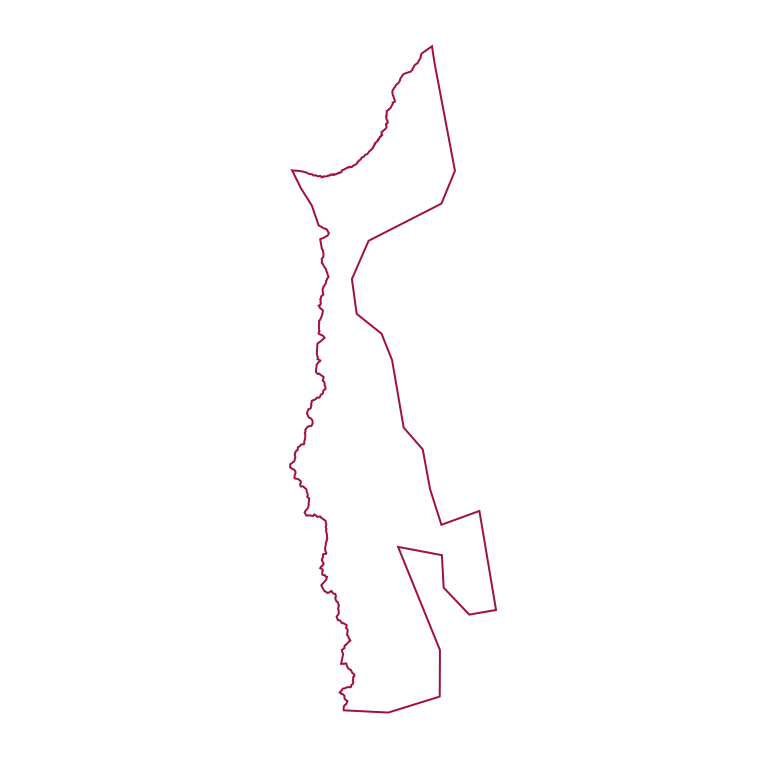 outline of Tup, Ysyk-Köl, Kyrgyzstan, rotated 260°
{"feature_id": "92254566B37451543675332", "entity_name": "Tup", "entity_type": "district", "adm_level": 2, "iso_a3": "KGZ", "parent_name": "Kyrgyzstan", "parent_adm1": "Ysyk-Köl", "projection": "orthographic", "projection_center": [78.601, 42.71], "detail": "fine", "context": "isolated", "style": "outline", "palette": "rose", "viewbox_px": 768, "rotation_deg": 260, "n_neighbors": 0, "source": "geoboundaries", "source_scale": "gbopen_adm2", "svg_char_len": 6109}
<svg xmlns="http://www.w3.org/2000/svg" viewBox="0 0 768 768"><g transform="rotate(260 384 384)"><path d="M708.3,489.9L702.8,478.2L700.7,477.1L698.6,476.6L697.2,475.1L694.3,473.0L692.7,469.5L691.9,468.8L690.8,468.3L690.0,467.2L688.5,466.6L686.9,464.3L686.4,459.7L685.9,457.6L685.2,456.3L681.6,452.9L680.4,452.5L679.1,451.6L677.7,450.1L676.6,447.9L674.4,446.3L673.7,445.3L672.1,443.9L670.4,442.9L667.7,442.8L666.5,442.9L665.8,443.4L664.2,443.3L660.8,444.0L660.0,443.4L659.7,442.2L659.7,441.4L658.4,441.3L654.7,438.3L653.8,436.7L653.1,436.0L652.7,434.6L652.2,434.0L650.9,433.9L649.0,433.2L648.4,433.5L647.8,433.2L647.2,432.4L646.7,432.4L646.3,432.6L644.1,432.4L643.5,432.6L642.9,433.2L641.8,433.0L640.9,433.2L640.0,432.4L640.0,431.3L638.3,430.9L637.6,431.3L636.1,430.9L634.9,429.6L632.4,425.2L631.2,425.3L630.2,424.9L629.7,425.4L629.4,425.4L629.0,424.2L628.3,424.0L628.1,422.8L626.1,421.5L625.9,420.6L625.0,420.6L624.4,420.0L624.2,419.1L623.2,418.1L623.0,417.3L622.3,416.6L621.7,416.7L621.0,415.7L620.2,415.5L619.3,414.5L618.1,414.0L617.4,412.5L616.4,411.5L616.2,410.5L615.4,409.5L614.1,408.4L613.3,407.3L613.3,406.4L612.8,405.0L611.3,403.5L610.8,401.2L609.7,400.5L608.7,399.2L608.4,398.1L607.6,397.5L607.4,396.5L606.1,396.1L604.8,393.4L604.2,391.2L603.6,390.8L603.3,389.3L603.7,388.7L603.3,387.8L603.9,387.0L603.4,386.5L603.6,385.7L603.4,385.3L603.3,384.7L602.8,384.0L602.6,382.7L602.0,381.7L601.9,380.1L601.6,379.5L600.2,379.1L599.9,377.7L599.4,376.7L600.0,376.1L599.9,375.5L599.2,374.6L599.2,373.7L598.8,373.0L598.8,372.3L599.2,371.9L598.6,371.1L598.6,370.6L599.2,370.5L599.4,370.1L599.0,369.7L599.1,368.9L599.5,368.5L599.5,368.0L598.9,367.5L599.0,365.1L598.5,364.9L598.6,362.0L599.0,360.8L598.5,360.1L598.4,358.4L599.3,358.4L600.1,356.9L599.8,356.1L600.5,354.1L601.1,353.6L601.5,352.5L601.6,350.7L603.0,349.6L603.7,347.0L605.7,344.3L607.4,340.8L608.6,337.2L609.4,334.5L609.7,332.6L610.4,330.6L590.9,336.3L572.3,343.9L551.5,347.2L547.6,352.1L546.4,354.4L542.1,355.9L540.2,354.5L538.4,350.1L537.8,346.5L537.6,346.3L527.6,346.3L526.8,347.0L522.5,347.0L520.4,346.5L519.2,345.8L518.3,344.5L517.4,344.3L515.8,344.4L514.5,343.8L513.6,343.9L512.6,344.7L510.9,345.1L506.8,346.9L505.3,346.9L502.9,347.5L501.3,347.4L499.3,348.1L497.8,346.5L496.4,345.7L495.3,344.7L494.4,344.6L492.9,343.9L490.6,341.6L488.5,340.2L485.5,339.7L482.6,339.8L481.2,337.4L479.0,336.5L478.5,335.9L477.2,336.2L475.2,335.6L474.0,335.8L472.9,334.8L472.5,333.3L469.5,334.5L467.5,336.3L466.8,336.6L463.8,335.5L460.9,334.0L458.3,332.2L457.5,331.0L454.7,330.7L452.4,329.8L450.8,329.9L448.6,329.4L447.3,329.7L445.8,328.5L445.2,328.4L444.4,328.8L442.9,331.4L441.7,332.5L439.8,333.5L436.8,328.6L436.1,327.1L435.7,325.9L434.7,325.3L426.1,323.2L424.4,323.0L423.5,323.3L421.1,323.4L420.1,322.8L418.2,325.4L417.9,325.4L416.6,323.0L414.8,321.1L408.0,319.1L405.9,319.9L405.5,320.3L405.4,322.1L403.8,323.2L401.7,325.6L400.7,325.6L397.9,324.2L396.8,325.3L396.1,325.5L394.8,325.7L393.4,325.2L391.6,325.8L389.2,325.5L388.2,323.2L385.3,322.1L384.3,319.8L382.6,318.8L381.9,317.9L381.8,317.2L382.2,316.3L382.2,316.0L381.8,315.0L381.0,314.3L380.7,313.5L380.0,310.0L378.5,309.6L377.7,309.2L377.3,308.7L375.9,308.9L373.1,307.7L372.3,306.7L372.3,305.3L370.0,303.7L368.1,303.0L364.5,304.0L363.5,304.7L362.8,306.0L360.9,307.1L358.1,307.1L356.0,305.8L355.2,304.7L355.5,302.8L354.9,301.1L352.5,298.5L350.9,298.5L349.3,297.4L348.0,297.8L344.3,296.9L340.2,295.1L339.0,295.1L338.8,295.0L338.6,293.5L338.8,292.0L337.1,289.8L336.7,288.2L334.0,287.5L333.7,286.2L331.7,284.5L331.2,284.6L330.2,283.8L326.9,284.0L325.7,283.1L324.3,282.7L323.4,282.1L323.2,281.3L322.2,279.8L321.2,277.7L318.1,277.1L317.1,278.4L315.8,279.4L315.4,280.5L313.6,281.5L312.2,281.6L309.7,280.2L306.9,279.5L306.1,280.7L305.6,282.3L304.6,283.6L302.8,285.1L301.2,285.0L300.4,284.5L300.0,283.9L297.7,284.2L297.5,284.4L297.3,286.2L297.0,286.8L295.4,287.8L294.5,288.9L292.9,289.4L291.7,289.2L289.8,289.6L287.6,289.6L286.2,288.8L284.5,290.4L283.8,290.4L279.7,289.1L277.6,288.7L276.1,288.1L274.3,286.7L273.1,285.0L271.3,283.5L268.0,284.7L267.8,284.9L267.7,285.4L267.8,287.2L266.3,291.2L267.6,292.5L267.6,292.9L265.3,295.0L264.6,295.4L264.8,296.7L264.6,298.1L263.1,299.0L259.6,302.6L259.0,302.8L257.6,302.6L256.1,302.9L255.0,302.6L253.0,301.7L251.2,302.2L249.7,301.4L247.3,301.6L244.8,301.6L242.9,301.2L241.7,301.4L240.8,300.6L239.8,300.6L237.9,299.1L236.5,299.0L232.5,297.4L230.2,297.2L227.6,297.9L226.8,297.4L227.1,295.4L226.9,294.6L226.4,294.3L223.6,293.7L222.6,292.6L221.2,292.2L219.3,292.9L218.1,293.0L217.7,293.3L216.9,293.0L215.7,291.7L214.8,290.0L213.7,289.2L212.7,290.6L211.3,291.4L210.1,290.7L207.1,290.1L206.3,290.9L205.9,292.7L204.4,293.1L204.1,293.5L204.0,294.3L201.5,293.3L196.7,287.3L194.3,287.9L190.4,289.4L189.1,291.2L188.1,291.8L187.9,292.5L189.3,296.3L187.8,296.9L186.4,297.9L186.0,298.6L185.8,299.5L185.0,299.7L183.0,299.8L182.0,298.9L180.8,298.8L178.0,299.6L176.7,300.9L175.3,300.7L173.6,301.2L171.2,299.8L169.2,300.0L166.0,299.6L165.0,299.0L163.1,296.9L159.5,297.6L159.1,298.2L159.1,299.2L158.9,299.5L155.8,301.1L155.7,302.1L155.3,302.6L153.3,305.2L152.8,305.4L150.2,304.3L149.0,305.2L147.7,305.5L143.7,304.1L143.0,304.1L142.0,304.9L140.2,305.1L137.3,306.3L136.7,305.5L136.7,306.4L136.6,304.9L133.8,301.4L133.4,300.2L132.9,299.7L130.8,299.2L129.4,296.3L128.8,296.2L125.0,296.8L115.9,293.2L115.8,294.6L115.3,295.7L115.6,297.7L114.8,298.5L113.7,298.4L110.9,299.0L109.2,300.2L108.1,301.7L104.8,302.7L103.6,304.0L101.8,304.3L100.5,302.6L98.8,302.5L96.9,301.6L96.0,302.1L95.3,301.9L93.9,301.0L93.3,299.6L91.5,299.0L91.2,297.7L91.7,296.7L91.6,295.5L91.7,294.5L91.0,292.1L91.2,291.0L90.6,289.9L88.8,288.4L88.6,287.6L87.8,286.8L86.0,288.8L85.5,289.7L84.0,290.8L83.6,290.9L81.8,290.5L80.6,290.7L79.5,291.5L78.3,292.9L77.0,292.4L75.1,290.9L74.8,289.8L73.5,288.5L70.5,287.7L69.6,287.8L59.7,331.2L66.5,384.6L112.3,392.9L221.1,369.6L205.4,411.3L173.0,407.4L142.1,427.9L142.0,455.1L242.4,455.9L235.4,416.1L272.4,411.1L312.8,410.8L337.7,395.8L406.1,396.1L434.0,390.3L457.8,369.3L492.9,370.6L527.7,393.7L551.7,471.9L581.7,490.9L691.0,489.5L708.3,489.9Z" fill="none" stroke="#9f1239" stroke-width="2"/></g></svg>